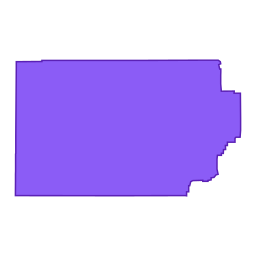 the district of Millard, Utah, United States of America
{"feature_id": "52423323B41419597560614", "entity_name": "Millard", "entity_type": "district", "adm_level": 2, "iso_a3": "USA", "parent_name": "United States of America", "parent_adm1": "Utah", "projection": "natural_earth1", "projection_center": [-112.604, 39.063], "detail": "fine", "context": "isolated", "style": "filled", "palette": "violet", "viewbox_px": 256, "rotation_deg": 0, "n_neighbors": 0, "source": "geoboundaries", "source_scale": "gbopen_adm2", "svg_char_len": 892}
<svg xmlns="http://www.w3.org/2000/svg" viewBox="0 0 256 256"><path d="M240.6,130.3L240.6,118.3L240.4,93.2L234.1,93.2L234.2,91.1L221.3,91.2L220.7,83.9L220.7,81.6L220.7,75.2L220.8,72.0L220.8,69.0L219.7,69.0L218.7,64.6L220.7,63.8L220.3,61.7L218.2,60.2L203.0,60.2L143.6,60.4L41.9,60.4L41.9,61.5L16.3,61.7L16.3,67.6L15.8,135.9L15.8,153.4L15.7,153.7L15.6,153.9L15.6,171.2L15.5,174.0L15.5,181.2L15.4,195.6L110.5,195.7L126.4,195.7L175.5,195.6L185.3,195.6L186.6,195.8L186.6,191.8L188.7,191.8L188.7,185.7L189.7,185.7L190.7,181.7L192.8,180.6L202.8,180.3L202.8,181.3L208.0,181.3L208.0,180.4L211.1,179.9L211.1,177.8L214.0,177.4L216.1,174.8L218.1,174.3L217.0,169.2L217.0,159.1L217.4,155.3L221.4,155.3L221.4,153.3L223.3,153.4L223.5,149.6L225.6,149.5L225.4,145.5L227.4,145.5L227.4,142.2L235.0,142.2L235.0,138.2L236.0,137.2L240.1,137.2L240.6,130.3Z" fill="#8b5cf6" stroke="#5b21b6" stroke-width="1.5"/></svg>